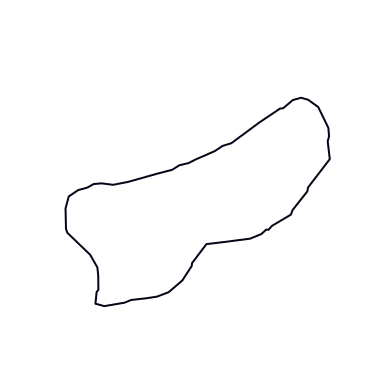 the district of Santa María Visitación, Sololá, Guatemala, rotated 222°
{"feature_id": "79465075B29728839269099", "entity_name": "Santa María Visitación", "entity_type": "district", "adm_level": 2, "iso_a3": "GTM", "parent_name": "Guatemala", "parent_adm1": "Sololá", "projection": "albers", "projection_center": [-91.331, 14.7], "detail": "fine", "context": "isolated", "style": "outline", "palette": "ink", "viewbox_px": 384, "rotation_deg": 222, "n_neighbors": 0, "source": "geoboundaries", "source_scale": "gbopen_adm2", "svg_char_len": 836}
<svg xmlns="http://www.w3.org/2000/svg" viewBox="0 0 384 384"><g transform="rotate(222 192 192)"><path d="M209.6,221.8L210.8,219.3L213.9,211.2L219.3,203.4L221.6,195.2L230.2,182.2L246.5,156.4L255.4,144.6L265.0,137.9L270.4,132.1L272.7,125.3L277.9,117.2L280.6,106.2L275.0,95.2L261.1,80.4L257.5,78.3L225.6,77.2L211.8,72.6L205.5,66.9L196.2,56.7L195.8,53.6L189.0,44.4L180.8,48.5L168.0,64.7L165.0,71.0L154.9,82.4L148.1,90.7L142.3,101.9L140.0,119.9L142.7,136.8L144.4,139.3L146.4,162.9L135.4,175.5L117.6,196.2L112.3,207.2L111.7,213.7L109.9,215.1L109.9,220.4L103.4,241.3L105.2,246.0L106.7,269.5L108.8,273.1L111.6,308.6L125.1,320.5L127.4,325.1L133.6,330.9L155.0,339.6L167.6,338.2L174.0,335.0L178.6,327.8L180.3,315.2L182.4,312.9L188.4,289.1L195.4,254.6L200.1,246.7L202.5,237.5L209.6,221.8Z" fill="none" stroke="#020617" stroke-width="2"/></g></svg>